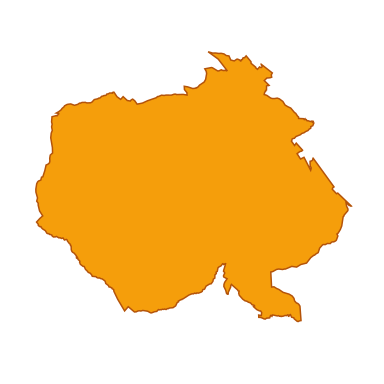 Poiana Lacului, Arges, Romania (Albers equal-area conic projection), rotated 265°
{"feature_id": "2599482B9907999216812", "entity_name": "Poiana Lacului", "entity_type": "district", "adm_level": 2, "iso_a3": "ROU", "parent_name": "Romania", "parent_adm1": "Arges", "projection": "albers", "projection_center": [24.705, 44.811], "detail": "fine", "context": "isolated", "style": "filled", "palette": "amber", "viewbox_px": 384, "rotation_deg": 265, "n_neighbors": 0, "source": "geoboundaries", "source_scale": "gbopen_adm2", "svg_char_len": 5928}
<svg xmlns="http://www.w3.org/2000/svg" viewBox="0 0 384 384"><g transform="rotate(265 192 192)"><path d="M303.6,282.4L313.2,272.1L312.8,272.0L311.1,272.9L310.5,272.6L309.9,271.6L310.7,270.2L308.5,267.9L310.3,266.2L310.8,266.3L315.0,262.1L316.7,262.1L322.9,257.8L321.2,256.0L321.2,254.7L320.9,254.3L319.6,253.8L319.5,252.7L318.4,252.3L318.3,251.7L319.4,250.9L320.4,249.0L320.4,248.2L318.9,245.5L320.1,242.1L324.3,240.7L325.0,237.9L326.7,236.0L327.6,233.2L327.7,230.6L328.4,227.7L328.6,224.7L330.3,220.3L322.1,229.7L310.0,237.5L309.7,237.1L310.4,235.4L310.1,234.4L310.6,233.3L310.5,232.8L311.2,231.8L310.3,229.3L310.4,228.1L313.9,223.3L314.3,222.3L313.6,215.5L310.9,216.7L308.7,216.9L303.0,215.4L300.5,213.7L297.8,208.8L296.2,207.2L295.5,206.1L295.6,205.3L295.1,205.1L295.0,201.8L297.1,196.9L298.0,193.5L294.7,193.4L291.4,195.6L289.0,195.5L290.0,191.7L290.4,185.2L290.9,184.3L291.0,182.7L290.3,179.9L290.8,174.5L290.6,172.7L291.1,170.1L290.0,166.7L290.1,166.0L289.0,164.5L286.8,155.7L284.9,150.4L284.3,145.0L287.9,142.9L289.7,141.0L289.1,139.5L288.0,138.5L288.8,135.5L293.0,131.7L290.5,129.0L293.4,125.6L298.2,123.0L298.3,122.3L298.0,121.4L297.4,121.4L297.8,118.7L297.0,116.9L297.1,115.8L296.0,115.0L295.7,113.9L295.8,112.8L295.3,111.6L295.3,110.6L293.6,108.3L293.6,107.0L293.1,106.4L292.6,102.7L290.3,100.2L289.7,98.7L289.9,95.0L290.7,93.3L290.6,92.4L290.8,90.6L290.6,89.4L290.2,88.8L290.3,87.6L289.3,85.9L288.6,82.5L290.3,78.9L290.2,75.9L290.0,74.9L288.9,72.5L288.0,71.9L286.6,69.9L285.2,68.7L283.6,66.2L282.5,63.7L282.0,65.7L281.5,66.1L279.7,64.2L280.0,64.0L279.2,59.1L274.0,58.2L271.8,58.6L269.1,57.8L265.5,58.2L262.9,56.9L258.3,56.0L248.4,56.8L243.0,56.5L241.1,54.0L238.0,53.2L235.1,53.1L233.4,52.5L232.2,50.8L231.6,49.0L226.0,47.2L220.1,44.7L219.9,43.4L217.0,42.4L216.3,40.0L215.4,39.0L213.7,38.0L208.5,36.7L205.5,36.5L199.5,37.6L196.4,36.5L194.2,37.8L192.3,37.6L186.4,38.5L181.2,41.2L178.9,38.1L175.6,34.5L173.3,36.0L172.0,36.0L170.8,37.3L170.7,38.5L169.8,38.7L168.2,40.0L166.3,42.5L163.5,43.9L162.9,45.2L163.0,45.8L162.1,46.5L161.9,47.5L161.3,48.6L160.6,48.7L159.3,50.0L159.2,51.9L159.5,53.2L157.9,55.4L157.9,56.8L157.1,57.8L157.4,59.5L155.3,60.7L155.7,62.7L155.1,63.4L154.1,63.6L151.2,65.4L150.5,66.3L149.2,66.3L148.6,66.9L145.0,66.7L143.5,67.1L142.5,67.7L141.3,69.3L138.6,71.2L136.3,71.2L135.9,71.8L136.5,72.2L134.6,72.7L133.3,74.0L132.6,74.2L131.9,73.9L129.7,74.5L127.4,77.0L127.2,78.1L124.1,79.2L123.0,80.3L120.9,81.7L120.0,83.5L118.2,84.8L116.7,85.3L116.0,89.0L115.2,89.6L114.5,90.9L114.4,92.6L113.7,93.4L113.2,95.0L111.2,97.3L110.4,97.8L108.4,98.1L106.2,100.5L104.5,101.2L104.4,102.4L103.9,102.8L103.6,103.7L102.7,103.9L101.7,105.4L99.7,105.6L91.7,108.6L79.4,114.5L83.3,118.5L77.5,124.2L77.5,126.1L78.1,127.5L78.3,129.0L77.9,130.7L78.3,132.7L77.1,137.4L75.2,140.3L75.1,141.2L76.0,144.3L76.1,146.5L77.8,148.3L77.4,149.0L77.6,150.2L77.3,151.0L77.8,152.1L77.5,153.7L77.8,154.6L77.2,155.9L78.0,157.3L77.8,158.0L78.4,159.5L78.4,163.0L80.0,165.8L83.0,167.5L83.8,169.0L84.5,168.9L85.7,171.5L85.7,172.5L86.3,173.0L86.3,173.7L89.6,179.9L90.6,183.1L90.4,184.6L91.0,185.7L90.5,187.2L91.0,187.9L90.7,189.7L91.5,192.5L92.1,193.5L93.6,194.1L94.0,194.7L93.9,195.4L94.2,196.1L97.0,197.8L98.8,201.5L98.9,203.1L101.1,205.0L103.4,205.7L104.2,207.2L107.4,207.6L108.6,209.1L110.0,209.0L110.8,210.3L114.1,211.2L114.9,212.1L115.9,214.5L117.9,216.3L117.9,216.6L117.0,217.2L117.8,218.9L117.7,219.2L115.7,218.5L110.8,216.6L110.2,216.5L109.2,217.4L108.3,217.5L105.9,216.1L104.9,216.1L104.5,216.3L102.5,219.4L99.2,216.7L97.2,215.8L95.1,215.5L91.2,217.0L87.8,217.6L87.6,218.2L87.1,218.4L87.2,219.2L88.7,219.3L94.1,222.3L95.3,222.4L96.5,223.2L90.6,228.8L89.4,229.4L89.1,230.3L87.2,229.7L85.0,230.1L80.8,233.2L78.9,235.4L78.8,236.1L78.0,237.8L77.4,238.3L76.4,240.6L74.3,242.2L73.8,243.9L73.0,244.4L72.4,243.3L69.2,246.3L67.7,248.8L67.5,250.0L65.8,250.9L62.9,250.3L63.6,247.7L61.3,247.6L61.1,249.2L60.4,250.9L59.3,252.7L59.0,253.9L59.8,255.3L59.8,258.4L62.1,259.5L62.3,260.0L61.2,260.8L62.5,261.7L61.1,266.2L61.3,267.4L60.6,268.2L60.5,269.9L60.2,270.0L60.4,272.2L60.9,273.9L60.6,275.5L61.3,276.5L60.9,277.4L59.8,277.3L59.7,277.6L61.2,278.9L61.3,279.4L58.6,280.3L57.8,282.5L56.8,282.7L54.0,285.5L53.7,286.5L54.3,288.0L54.4,289.4L68.9,289.6L70.8,288.6L71.9,287.5L72.3,286.4L74.6,284.7L77.2,284.3L79.6,282.8L81.8,279.8L84.1,274.0L87.4,270.0L88.5,267.9L90.4,265.4L90.4,263.0L105.4,263.5L105.7,265.5L107.5,269.5L107.7,271.7L106.9,275.5L107.2,277.3L107.1,278.3L109.2,284.9L108.1,289.7L110.3,294.1L111.2,299.9L116.3,304.6L118.4,307.9L118.4,308.6L119.6,310.2L120.6,312.4L125.0,314.3L128.0,317.5L128.2,318.1L128.0,320.3L128.9,322.2L128.6,325.3L129.7,326.4L130.1,327.5L130.0,329.0L130.7,330.7L131.4,331.6L135.5,333.5L137.5,332.7L138.2,333.9L141.7,336.5L145.1,338.2L154.1,340.4L154.9,341.3L155.6,341.4L159.8,345.6L161.4,345.9L164.3,344.8L168.0,344.5L167.2,345.8L166.5,346.0L164.8,347.4L164.8,348.3L164.0,349.1L164.1,349.5L178.2,337.1L177.7,335.8L182.5,332.0L183.8,332.5L184.7,333.9L215.7,315.3L214.8,315.5L213.2,314.8L212.6,313.9L212.3,312.3L207.5,312.0L206.2,312.7L205.2,312.8L203.3,312.1L216.8,306.6L215.4,303.0L221.0,300.0L222.8,302.8L223.2,304.9L224.0,305.8L231.6,300.1L229.4,298.2L234.0,295.5L235.0,296.1L235.9,296.2L236.4,297.0L236.6,298.7L238.2,300.4L239.7,305.2L240.7,306.3L241.3,308.9L242.3,310.5L243.1,312.9L244.6,314.4L245.0,315.6L245.5,316.0L246.8,316.0L247.5,318.1L250.1,319.4L250.9,318.1L251.6,319.0L251.9,318.9L252.2,317.3L251.9,315.9L252.7,314.4L253.0,312.8L254.2,312.1L254.3,311.3L255.1,311.0L254.4,310.1L255.3,309.6L256.0,304.6L257.4,304.7L258.5,303.7L261.3,302.2L262.3,301.0L267.0,297.7L268.6,294.9L270.5,292.3L274.3,290.4L277.2,287.1L278.1,285.1L277.9,282.4L278.1,280.2L278.7,278.6L281.8,274.9L282.8,272.4L285.1,273.1L285.8,274.1L286.7,274.1L287.1,275.1L291.1,275.5L291.6,276.6L291.3,277.3L291.5,278.1L296.7,273.7L299.0,276.5L299.0,279.7L299.4,281.4L301.8,281.2L303.6,282.4Z" fill="#f59e0b" stroke="#b45309" stroke-width="1.5"/></g></svg>